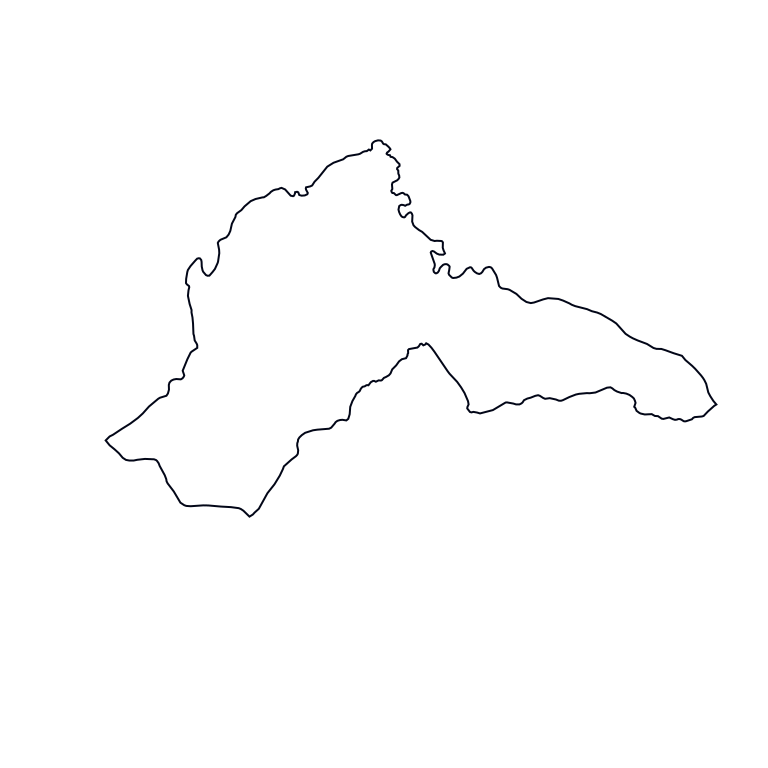 Liquiçá, Liquica, East Timor, rotated 231°
{"feature_id": "22284137B50300896823957", "entity_name": "Liquiçá", "entity_type": "district", "adm_level": 2, "iso_a3": "TLS", "parent_name": "East Timor", "parent_adm1": "Liquica", "projection": "albers", "projection_center": [125.317, -8.659], "detail": "fine", "context": "isolated", "style": "outline", "palette": "ink", "viewbox_px": 768, "rotation_deg": 231, "n_neighbors": 0, "source": "geoboundaries", "source_scale": "gbopen_adm2", "svg_char_len": 6166}
<svg xmlns="http://www.w3.org/2000/svg" viewBox="0 0 768 768"><g transform="rotate(231 384 384)"><path d="M515.3,132.2L509.0,132.2L502.8,133.5L496.9,134.4L491.1,134.5L487.4,135.7L484.7,138.0L482.1,141.2L480.4,144.5L476.2,151.1L470.2,157.9L468.3,159.0L467.0,159.2L464.2,159.0L461.5,158.1L451.1,156.2L447.1,154.9L445.2,153.8L442.9,153.3L432.8,153.0L419.9,151.1L415.5,152.5L413.7,153.6L410.7,156.8L403.4,167.2L400.2,171.0L391.4,180.1L384.6,187.6L378.9,193.0L376.9,194.1L374.0,195.0L365.6,196.0L365.1,200.0L365.5,202.4L365.8,208.2L372.5,224.7L375.0,235.8L378.4,245.4L381.5,251.9L383.0,254.4L383.5,264.7L383.3,270.3L383.6,272.1L384.1,273.2L386.5,275.6L390.7,277.7L392.6,279.4L393.5,280.9L394.9,282.3L395.7,284.6L396.0,287.9L395.7,292.0L392.7,299.7L390.5,303.4L383.8,313.2L383.3,315.5L384.3,320.8L384.8,322.3L384.7,324.6L383.7,327.1L382.4,329.1L379.4,331.8L379.4,334.3L382.1,338.3L387.5,343.4L390.6,348.7L392.8,354.3L393.6,355.6L394.0,357.5L393.7,359.5L393.9,361.0L394.7,362.5L395.1,363.9L395.3,365.6L394.3,367.6L394.2,369.1L393.8,370.2L392.8,371.1L393.7,374.9L393.3,377.4L392.6,378.3L390.9,379.1L390.2,382.1L388.6,383.8L388.3,384.8L388.8,387.8L388.2,390.0L387.7,393.3L388.1,395.7L390.2,399.6L390.8,405.2L392.1,409.9L392.0,413.5L390.2,417.4L391.4,420.2L392.3,421.0L392.8,422.2L395.2,424.0L395.4,425.4L391.3,432.9L391.4,434.8L392.3,437.4L391.6,438.6L389.3,438.9L388.7,441.1L389.1,442.4L386.7,443.4L382.3,443.7L377.4,443.5L353.8,441.5L350.8,441.4L339.6,442.2L332.8,441.8L326.3,440.9L317.8,438.5L314.9,436.9L313.6,434.3L312.6,433.3L308.2,433.2L306.9,434.1L306.1,435.9L303.2,438.4L300.7,440.1L295.2,452.2L293.1,466.8L292.3,468.0L287.4,472.2L285.0,473.8L282.9,476.4L282.4,478.7L282.5,480.2L283.3,482.6L282.5,486.2L281.1,489.3L279.6,494.1L278.3,496.7L276.7,497.7L273.0,498.9L271.1,499.9L268.7,503.9L263.7,507.9L261.0,509.4L259.6,511.0L258.9,512.7L257.2,519.9L255.1,526.4L253.6,529.4L249.2,536.0L247.4,538.0L244.3,543.0L240.8,555.0L238.9,557.9L236.9,558.7L234.3,559.2L231.4,560.4L227.5,562.9L226.4,564.3L224.0,566.3L221.0,567.9L217.7,568.8L215.5,569.1L212.9,568.4L211.0,567.6L208.8,564.1L207.5,564.3L204.2,563.4L200.7,564.3L199.5,564.9L196.2,567.5L192.1,573.1L188.7,574.4L186.6,576.7L182.3,578.0L181.0,579.2L178.5,584.6L174.8,586.4L173.0,587.6L172.0,589.2L171.6,590.6L170.5,591.9L169.3,592.6L166.5,593.5L165.5,594.4L164.9,595.5L162.8,601.1L163.1,602.8L162.8,604.5L158.7,610.6L158.0,612.3L158.8,618.4L159.2,626.9L158.9,629.4L163.6,629.3L169.2,629.9L173.3,630.7L181.4,634.5L185.4,635.4L187.9,635.7L191.1,635.8L199.9,635.4L204.2,634.9L213.0,633.3L218.4,633.3L225.6,628.5L233.1,624.0L236.7,621.6L239.8,617.9L242.4,616.1L249.6,613.6L258.3,608.5L262.8,606.2L266.2,604.8L271.0,603.3L284.9,602.6L289.6,601.2L302.0,596.5L305.4,594.6L309.7,591.4L314.4,588.9L324.2,581.6L327.4,579.8L330.0,578.8L336.1,575.7L340.4,573.0L347.5,565.5L349.6,560.9L352.9,551.9L354.5,549.0L358.1,546.3L363.7,544.5L370.6,543.6L378.2,540.8L379.8,539.8L383.7,536.1L385.1,535.4L386.2,535.2L387.8,535.1L395.4,538.7L398.2,539.7L405.6,540.7L407.0,540.6L408.1,540.0L408.9,539.3L410.2,536.5L410.3,534.0L409.2,530.9L409.0,529.0L409.6,527.2L411.5,525.9L414.0,525.1L415.7,524.9L418.9,525.2L419.9,525.0L420.6,524.3L421.5,520.7L420.1,514.8L420.1,510.2L421.1,507.2L422.9,504.4L424.1,503.7L427.9,503.3L429.4,503.8L431.7,506.6L433.8,508.8L434.6,509.0L436.9,508.6L438.1,507.7L439.0,506.3L439.4,504.9L439.1,501.5L438.8,500.1L437.4,498.0L436.8,496.0L437.0,494.5L437.6,493.7L438.2,493.5L439.8,493.3L441.6,494.2L442.2,494.8L442.8,496.5L444.4,498.3L445.5,499.0L456.7,503.0L457.2,504.0L456.9,505.3L455.6,506.2L452.1,507.1L449.8,508.4L447.2,511.4L447.0,513.1L447.1,513.6L450.1,514.3L452.9,515.4L457.0,518.9L458.5,518.9L459.1,518.5L462.0,515.3L463.3,513.3L466.7,511.0L478.2,509.4L481.6,508.1L486.2,507.0L488.7,506.8L492.5,508.1L497.2,512.3L499.0,512.9L500.5,512.8L501.1,512.0L501.4,510.4L501.2,507.1L500.6,505.7L500.8,504.5L502.2,503.4L503.5,503.1L505.7,503.3L508.2,504.0L510.4,505.0L512.7,507.8L512.6,509.5L512.1,510.6L510.6,511.9L509.2,512.6L508.8,514.9L508.0,516.2L507.8,517.1L508.4,518.6L508.9,519.1L509.6,519.6L514.4,521.2L516.5,521.1L518.2,519.5L519.9,519.3L520.8,518.8L521.5,517.6L522.7,512.8L523.3,512.2L526.2,511.8L527.2,510.7L528.5,510.8L529.5,511.2L530.3,513.2L534.1,515.8L535.1,517.4L534.0,522.4L534.2,524.4L534.8,525.9L536.5,527.0L538.4,527.5L540.9,529.4L542.8,529.4L543.6,530.3L543.7,533.4L545.1,534.4L548.7,534.0L552.3,534.2L555.0,533.4L556.4,532.1L558.0,532.6L559.4,531.4L560.7,530.9L561.3,530.9L561.9,532.0L561.8,533.8L562.3,536.7L563.0,536.9L565.4,536.8L569.1,536.2L570.4,534.9L571.3,534.6L573.8,535.0L575.3,534.6L577.1,532.7L578.3,530.0L578.6,528.2L578.4,526.7L578.2,526.0L577.3,525.0L574.4,522.8L574.1,520.4L575.7,519.8L575.8,517.2L576.9,515.6L577.6,513.8L578.0,510.4L578.6,508.7L583.7,499.7L584.3,497.8L584.3,493.7L587.7,484.0L588.6,476.7L585.5,462.6L584.9,457.3L583.5,453.1L584.0,451.0L585.9,447.2L585.2,446.3L584.0,445.7L580.4,445.0L579.7,443.8L580.4,441.1L582.2,438.5L584.2,437.1L586.9,438.0L588.1,437.4L589.0,435.6L588.2,434.9L587.0,432.6L587.2,431.5L589.1,430.0L597.4,429.6L600.9,427.8L601.6,426.2L601.9,424.6L603.4,422.0L604.2,419.9L604.5,417.0L604.2,415.1L604.3,410.8L604.7,408.1L605.5,407.0L608.6,400.6L610.0,395.5L609.8,387.4L608.9,382.6L609.2,377.4L608.8,375.4L607.3,373.6L604.3,366.7L599.7,360.9L597.9,357.3L597.2,353.8L598.9,348.0L599.0,346.7L598.8,345.0L598.2,343.6L592.2,340.4L589.3,338.3L583.5,332.0L582.7,330.8L579.8,325.0L578.9,321.2L578.1,316.5L579.2,315.0L580.7,314.2L585.0,314.1L586.5,314.5L590.0,316.3L593.7,319.1L595.4,320.0L597.4,320.0L598.3,319.2L599.0,317.7L598.7,315.2L597.4,307.8L596.0,303.3L594.8,301.6L590.2,296.4L587.0,293.6L585.5,293.5L582.9,294.1L581.8,293.6L579.9,291.1L575.9,287.1L568.5,283.3L562.6,281.0L560.7,279.4L556.2,277.0L551.1,273.6L542.8,267.4L541.0,266.7L537.0,264.3L533.2,263.8L531.7,263.3L529.6,261.6L530.2,254.9L530.1,253.5L527.0,246.8L521.0,235.9L516.4,234.2L515.7,233.0L515.2,231.0L515.5,229.0L518.6,225.7L519.9,223.3L520.5,220.8L520.1,218.2L518.7,216.2L514.9,213.3L512.6,210.1L511.8,207.5L514.3,201.3L514.6,199.3L514.4,187.2L512.9,178.0L512.5,171.3L512.9,161.8L514.1,152.1L515.1,141.4L515.9,137.8L515.3,132.2Z" fill="none" stroke="#020617" stroke-width="2"/></g></svg>